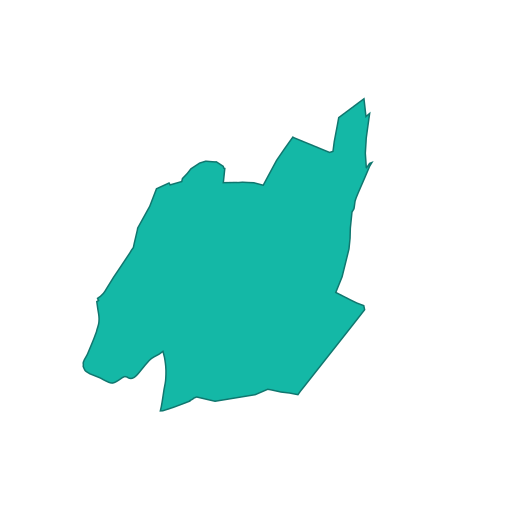 the district of Viesīte, Viesites, Latvia, rotated 304°
{"feature_id": "27541924B78000218360511", "entity_name": "Viesīte", "entity_type": "district", "adm_level": 2, "iso_a3": "LVA", "parent_name": "Latvia", "parent_adm1": "Viesites", "projection": "equal_earth", "projection_center": [25.556, 56.345], "detail": "fine", "context": "isolated", "style": "filled", "palette": "teal", "viewbox_px": 512, "rotation_deg": 304, "n_neighbors": 0, "source": "geoboundaries", "source_scale": "gbopen_adm2", "svg_char_len": 2355}
<svg xmlns="http://www.w3.org/2000/svg" viewBox="0 0 512 512"><g transform="rotate(304 256 256)"><path d="M411.8,283.6L415.3,281.5L423.4,277.5L437.7,270.5L433.1,269.2L436.7,266.1L439.2,264.0L446.7,257.6L440.8,255.5L417.0,247.2L410.4,250.1L394.6,256.9L385.8,261.3L383.0,259.1L375.1,220.6L375.2,220.1L373.1,220.0L360.9,219.7L349.7,219.6L346.8,219.6L339.6,220.3L318.7,222.4L315.5,213.2L312.1,207.7L309.6,203.5L307.1,200.4L305.3,197.6L299.9,189.9L298.5,187.9L311.1,181.2L310.8,180.2L312.0,178.7L312.0,176.0L311.9,170.5L311.2,169.6L309.9,167.4L306.5,161.3L301.5,157.3L298.1,155.9L291.9,153.3L286.1,152.9L279.1,151.7L276.2,152.8L266.9,145.0L267.9,143.1L256.1,135.9L237.9,140.1L213.0,142.3L211.0,143.2L198.9,147.8L194.4,149.6L191.0,149.5L188.3,149.7L172.3,149.8L158.9,149.8L146.2,150.3L142.1,150.5L139.7,150.4L135.6,149.6L132.3,148.3L131.0,150.4L129.2,149.5L127.6,150.9L123.7,154.4L119.9,158.0L118.3,159.4L116.2,161.0L114.1,162.3L113.2,162.8L111.5,163.6L108.5,164.6L105.8,165.4L104.0,166.1L96.5,167.9L92.2,168.8L80.2,171.2L78.0,171.4L74.1,171.7L71.6,172.2L70.6,172.6L69.4,173.6L67.7,174.6L66.2,177.0L65.5,178.3L65.3,179.5L65.3,181.1L65.4,182.6L65.4,183.9L67.8,195.1L67.9,196.1L68.1,198.7L68.5,201.8L69.0,204.8L69.7,206.9L70.6,208.3L72.1,209.5L74.1,210.6L76.8,211.8L80.4,213.2L82.3,214.3L82.9,215.1L83.5,216.5L83.6,218.2L83.8,219.3L84.5,220.8L85.6,221.9L87.1,222.8L88.8,223.4L90.6,223.8L92.6,224.1L94.6,224.3L103.5,225.1L109.8,225.9L111.3,226.3L112.7,226.7L115.4,227.9L120.3,230.5L124.9,232.2L123.3,234.0L120.9,236.7L118.8,238.7L116.6,240.7L114.0,242.9L110.7,245.4L107.4,247.6L104.1,249.6L101.8,250.9L99.5,252.0L93.9,254.4L87.8,257.3L82.5,259.8L78.0,261.8L74.1,263.3L75.6,265.3L84.3,272.1L98.7,282.3L99.0,282.0L100.3,282.7L101.9,283.5L103.5,284.0L104.0,284.3L105.6,285.4L106.0,285.7L106.3,286.6L108.1,291.3L110.8,298.4L112.7,303.3L140.6,332.9L152.0,340.2L153.3,342.9L157.2,352.8L161.2,360.5L162.2,362.9L163.3,365.5L164.5,368.3L168.7,368.4L173.5,368.8L236.2,373.5L255.1,374.9L272.2,376.1L275.1,373.1L273.4,365.9L272.4,358.8L270.4,342.5L286.9,339.0L299.2,334.5L307.7,331.4L313.9,329.1L323.2,324.1L331.9,318.6L346.1,311.0L349.9,310.8L351.9,309.9L355.5,308.1L357.0,307.4L360.6,306.4L366.0,305.3L382.7,302.2L394.0,300.0L398.3,299.8L396.3,298.4L392.9,298.4L391.0,298.1L391.1,297.9L402.4,289.1L411.8,283.6Z" fill="#14b8a6" stroke="#0f766e" stroke-width="1.5"/></g></svg>